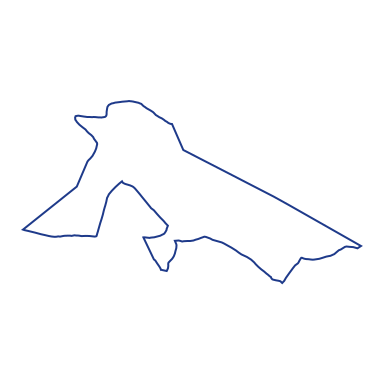 the district of Jacmel, Anse-la-Raye, Saint Lucia
{"feature_id": "8701671B80977223747238", "entity_name": "Jacmel", "entity_type": "district", "adm_level": 2, "iso_a3": "LCA", "parent_name": "Saint Lucia", "parent_adm1": "Anse-la-Raye", "projection": "albers", "projection_center": [-61.014, 13.948], "detail": "fine", "context": "isolated", "style": "outline", "palette": "blue", "viewbox_px": 384, "rotation_deg": 0, "n_neighbors": 0, "source": "geoboundaries", "source_scale": "gbopen_adm2", "svg_char_len": 4148}
<svg xmlns="http://www.w3.org/2000/svg" viewBox="0 0 384 384"><path d="M75.6,116.2L75.4,116.8L75.1,117.6L75.2,118.1L75.2,118.6L75.3,119.2L75.3,119.7L75.8,120.3L76.9,122.0L79.3,124.6L80.6,125.7L81.5,126.4L82.2,127.0L85.5,129.5L87.0,131.4L88.7,133.1L91.3,135.1L93.2,137.1L94.0,138.8L95.2,140.4L97.0,142.9L97.1,143.7L97.2,144.0L96.2,148.4L94.9,151.6L92.5,155.9L90.2,158.6L88.7,160.0L87.5,161.5L76.8,186.6L23.0,229.6L24.4,230.1L28.4,231.0L35.0,232.6L40.9,234.2L45.0,235.1L48.8,236.0L51.5,236.5L54.3,236.8L55.3,236.8L56.6,236.7L58.2,236.4L60.1,236.6L63.1,236.0L64.4,235.8L66.9,235.7L70.3,235.7L71.6,235.9L73.0,235.6L74.4,235.3L76.1,235.5L78.8,235.6L81.5,236.1L85.8,235.9L89.4,236.0L93.0,236.4L94.9,236.6L96.4,236.2L96.7,235.5L97.4,233.0L97.5,232.7L98.0,231.1L98.1,230.6L100.3,222.9L101.5,219.2L102.3,216.5L102.9,214.4L103.5,211.8L104.0,209.8L104.8,207.0L105.2,205.8L106.3,201.7L107.1,197.8L107.4,197.3L108.1,196.0L108.7,194.7L108.8,194.4L111.8,190.8L115.5,187.0L119.1,183.7L122.0,181.3L122.4,182.0L122.7,182.6L123.3,183.0L123.6,183.2L125.1,183.9L126.4,184.3L127.8,184.7L130.4,185.5L131.0,185.8L132.4,186.4L133.2,186.9L133.8,187.4L134.7,188.2L135.6,189.2L136.1,189.8L137.9,191.9L140.0,194.4L141.9,196.8L150.2,207.0L151.1,208.2L153.8,210.2L156.2,213.0L156.7,213.6L158.3,215.4L160.4,217.7L163.3,220.6L164.2,221.6L165.4,223.1L167.9,225.7L166.6,229.0L166.6,229.8L165.6,231.7L164.9,232.7L164.3,233.6L163.1,234.3L162.2,234.7L160.3,235.7L159.9,235.8L159.2,236.0L154.2,237.3L150.9,237.6L149.6,237.9L148.7,237.8L146.9,237.6L145.2,237.4L143.9,237.3L143.4,237.4L153.9,259.4L155.3,260.5L157.1,263.3L159.4,266.6L160.6,268.7L160.9,269.8L161.1,269.8L166.7,271.0L167.3,269.8L168.0,268.2L168.3,265.8L168.2,263.9L168.5,262.6L170.9,260.1L172.0,259.0L172.8,257.9L173.8,256.3L174.9,253.5L175.5,250.9L176.3,248.1L176.5,245.2L176.3,244.2L175.5,242.3L174.9,240.8L178.7,240.5L180.7,241.0L181.8,241.4L182.2,241.5L183.8,241.2L187.4,241.0L190.2,241.0L193.5,240.5L195.6,239.7L198.2,239.0L201.0,237.9L203.0,237.2L204.3,236.7L205.8,236.9L210.2,238.5L212.5,239.8L217.1,241.1L221.7,242.4L224.0,243.5L228.1,245.8L231.4,247.6L236.0,250.5L238.6,252.5L241.4,254.4L247.0,257.0L251.1,259.6L254.2,262.4L255.7,264.2L258.3,266.8L261.3,269.4L264.1,271.5L266.7,273.8L267.2,274.1L267.7,274.5L269.0,275.6L269.6,276.2L270.9,277.0L271.4,278.3L272.3,279.3L273.0,279.6L275.9,280.3L278.7,280.8L280.5,281.3L281.6,282.5L282.2,283.0L283.2,281.9L283.7,281.4L283.9,281.2L284.2,280.9L285.9,277.9L286.1,277.6L286.6,276.9L289.3,273.1L291.3,270.4L292.9,268.2L295.1,265.4L297.8,263.4L298.1,263.1L298.6,262.3L299.4,260.7L300.7,258.5L301.3,257.8L302.0,257.8L303.6,258.5L305.1,258.9L306.6,259.1L308.6,259.2L310.7,259.5L312.6,259.7L314.0,259.6L316.7,259.2L319.3,258.8L322.3,257.9L326.3,256.6L328.3,256.2L330.5,255.8L332.7,254.8L334.3,254.1L337.1,251.7L338.9,250.2L340.6,249.6L343.0,248.1L344.9,246.9L346.5,246.5L348.3,246.7L349.1,246.8L350.3,246.9L353.2,247.1L357.5,248.3L358.1,247.9L361.0,246.0L289.0,205.1L273.7,196.6L183.3,150.0L172.0,124.0L170.9,123.9L170.5,123.9L169.6,123.5L168.4,123.0L167.3,122.1L166.7,121.7L165.2,120.9L164.9,120.6L163.8,119.7L163.2,119.3L162.0,118.5L161.7,118.3L159.3,117.2L158.2,116.5L157.8,116.2L155.8,115.0L155.0,114.1L154.2,113.3L153.8,112.8L152.9,112.0L151.5,111.1L150.4,110.4L149.5,109.9L146.5,108.2L145.1,107.1L144.1,106.5L143.9,106.3L143.4,106.0L142.0,104.6L141.3,103.9L140.8,103.7L139.6,103.3L139.0,103.0L138.6,102.8L134.1,101.8L133.6,101.7L133.4,101.6L132.0,101.4L131.4,101.3L130.2,101.2L129.4,101.1L129.1,101.0L128.0,101.2L127.1,101.3L123.5,101.6L122.2,101.7L121.6,101.8L120.3,102.0L116.2,102.5L115.2,102.6L113.2,103.2L111.6,103.5L110.8,103.9L110.1,104.3L109.5,104.6L108.9,104.9L107.9,106.2L107.5,106.8L107.3,107.6L107.0,109.2L106.6,112.0L106.6,113.1L106.6,114.2L106.5,114.7L106.3,115.6L105.8,116.3L105.0,116.9L104.6,117.0L104.0,117.1L103.6,117.2L103.3,117.2L102.0,117.4L101.5,117.5L101.1,117.5L100.1,117.4L99.1,117.4L98.4,117.4L95.5,117.1L93.5,117.0L92.8,117.1L91.6,117.1L91.2,117.1L89.6,117.0L87.3,117.0L86.4,116.9L85.1,116.7L84.2,116.6L82.9,116.4L80.3,116.0L78.7,115.7L78.3,115.7L77.3,115.8L76.4,116.0L75.9,116.2L75.6,116.2Z" fill="none" stroke="#1e3a8a" stroke-width="2"/></svg>